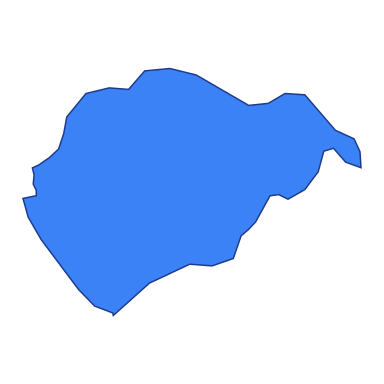 Glodeni, orthographic projection
{"feature_id": "MDA-1621", "entity_name": "Glodeni", "entity_type": "District", "adm_level": 1, "iso_a3": "MDA", "parent_name": "Moldova", "parent_adm1": "", "projection": "orthographic", "projection_center": [27.543, 47.723], "detail": "fine", "context": "isolated", "style": "filled", "palette": "blue", "viewbox_px": 384, "rotation_deg": 0, "n_neighbors": 0, "source": "natural_earth", "source_scale": "10m", "svg_char_len": 672}
<svg xmlns="http://www.w3.org/2000/svg" viewBox="0 0 384 384"><path d="M113.3,315.5L112.8,313.0L94.7,306.1L78.7,289.7L41.3,239.8L28.2,217.2L23.0,198.4L36.3,195.7L36.3,190.4L33.2,184.1L34.1,175.0L32.4,167.9L38.7,165.0L49.1,157.8L58.6,149.1L63.7,133.6L66.8,116.9L86.0,93.5L109.2,87.9L128.6,89.4L144.7,70.9L169.9,68.5L196.2,75.0L248.7,105.4L268.2,103.4L285.0,93.5L304.8,94.8L335.4,130.3L354.1,138.9L360.0,151.8L361.0,167.7L345.7,162.2L333.5,148.3L323.8,151.2L318.2,171.8L304.8,189.6L288.0,199.2L278.8,194.6L270.0,195.8L255.7,221.8L248.7,229.3L241.1,235.8L233.3,258.5L212.1,265.9L189.7,264.2L149.4,283.1L113.3,315.5Z" fill="#3b82f6" stroke="#1e3a8a" stroke-width="1.5"/></svg>